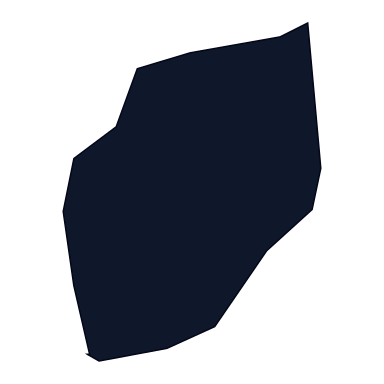 Partille, Västra Götaland, Sweden (orthographic projection)
{"feature_id": "70781695B82968096890663", "entity_name": "Partille", "entity_type": "district", "adm_level": 2, "iso_a3": "SWE", "parent_name": "Sweden", "parent_adm1": "Västra Götaland", "projection": "orthographic", "projection_center": [12.147, 57.742], "detail": "fine", "context": "isolated", "style": "filled", "palette": "ink", "viewbox_px": 384, "rotation_deg": 0, "n_neighbors": 0, "source": "geoboundaries", "source_scale": "gbopen_adm2", "svg_char_len": 348}
<svg xmlns="http://www.w3.org/2000/svg" viewBox="0 0 384 384"><path d="M87.4,354.3L88.0,354.7L99.1,361.0L167.0,348.3L214.7,326.6L266.7,250.7L312.1,209.5L316.4,189.1L320.8,168.3L307.7,23.0L280.0,36.9L190.2,52.8L137.3,68.7L116.2,126.8L73.9,158.5L63.2,211.4L73.8,285.5L89.6,354.3L87.4,354.3Z" fill="#0f172a" stroke="#020617" stroke-width="1.5"/></svg>